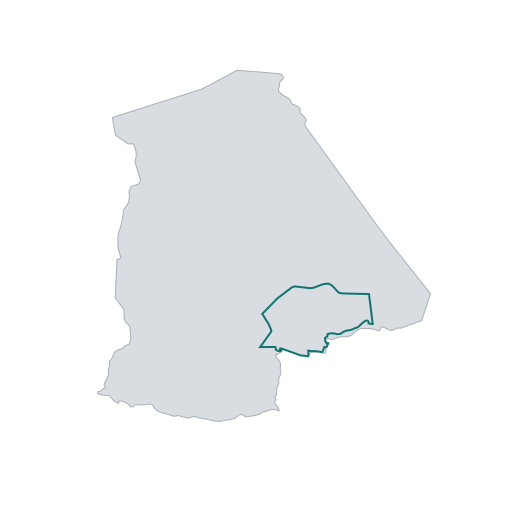 Béchar on a map of Algeria (Robinson projection), rotated 197°
{"feature_id": "DZA-2148", "entity_name": "Béchar", "entity_type": "Province", "adm_level": 1, "iso_a3": "DZA", "parent_name": "Algeria", "parent_adm1": "", "projection": "robinson", "projection_center": [-2.712, 30.267], "detail": "fine", "context": "in_parent", "style": "outline", "palette": "teal", "viewbox_px": 512, "rotation_deg": 197, "n_neighbors": 0, "source": "natural_earth", "source_scale": "10m", "svg_char_len": 5334}
<svg xmlns="http://www.w3.org/2000/svg" viewBox="0 0 512 512"><g transform="rotate(197 256 256)"><path d="M367.0,77.9L367.4,78.9L367.5,79.9L366.0,80.9L365.0,81.4L363.8,84.0L361.6,85.7L361.2,86.2L361.3,86.7L362.9,87.5L363.4,88.2L363.7,89.2L363.2,92.8L362.4,99.2L362.5,100.5L363.1,102.2L363.8,103.5L364.0,104.9L364.0,108.5L364.8,110.6L365.4,112.5L364.2,114.9L363.7,117.0L363.4,120.0L363.3,121.9L362.5,123.6L361.4,125.3L360.1,126.3L358.5,127.2L356.7,128.4L355.3,131.5L352.1,134.1L351.5,135.0L351.3,137.0L351.4,139.9L352.1,142.2L353.7,145.6L355.2,149.3L355.6,151.2L356.2,151.9L358.2,153.1L361.5,154.8L362.2,155.5L363.9,158.1L365.6,162.7L366.2,165.7L372.3,170.4L378.1,174.5L378.5,175.2L382.1,189.2L383.3,194.1L387.9,212.1L386.3,213.1L384.5,214.4L385.9,216.8L388.7,220.8L390.4,224.0L391.0,225.3L392.3,229.3L393.4,233.2L393.7,234.4L394.2,237.4L394.0,245.5L395.0,255.9L396.1,261.0L394.7,265.7L393.5,270.1L393.7,272.4L394.5,275.9L395.3,278.4L396.3,279.8L396.2,284.1L395.9,285.7L392.9,288.0L389.7,290.1L388.8,291.9L388.6,293.8L389.1,295.4L399.0,310.2L399.4,311.6L399.6,315.8L401.3,321.0L403.1,323.3L403.8,325.0L405.0,326.2L406.2,327.1L407.0,327.2L411.2,325.8L418.5,328.1L425.5,330.5L426.0,331.0L430.1,339.0L433.8,346.5L357.2,399.4L348.8,407.5L329.0,427.4L327.5,428.3L301.1,434.1L287.4,437.0L286.8,437.2L286.0,437.2L285.4,437.2L284.2,436.7L282.8,435.5L281.9,434.9L281.6,434.0L282.2,432.7L282.8,431.6L283.1,430.7L283.6,430.0L284.2,429.5L284.2,428.7L283.7,427.5L283.2,425.7L283.2,422.6L283.2,421.1L281.9,419.9L279.5,418.6L277.3,417.8L276.3,417.5L273.9,417.1L270.5,416.2L269.3,415.7L267.1,412.7L266.0,412.0L261.0,411.5L259.3,411.0L257.9,410.3L256.7,409.4L256.1,407.7L255.9,406.4L255.4,405.8L249.8,402.6L248.4,401.6L247.7,400.6L247.6,399.1L247.8,397.3L247.5,395.7L247.3,394.9L149.3,320.7L144.1,316.9L132.2,308.3L78.2,271.0L78.6,244.3L78.7,242.9L79.0,242.3L80.8,241.3L83.5,239.1L84.5,238.1L85.8,237.1L90.4,234.0L91.3,233.2L95.8,229.7L96.8,229.2L99.2,228.8L100.2,228.2L101.5,226.8L103.5,225.2L104.8,224.4L105.1,224.3L105.9,224.2L109.9,224.6L111.6,225.0L113.7,225.3L114.3,225.1L114.9,224.6L115.6,223.5L115.8,222.2L115.9,221.0L116.0,220.5L116.4,220.3L117.3,220.4L118.4,220.5L120.9,220.5L121.7,220.3L124.4,220.1L128.3,219.3L133.9,217.5L136.6,215.5L138.5,213.3L140.5,210.1L142.1,207.4L145.4,205.6L148.1,204.6L149.6,204.1L153.1,202.7L158.8,198.4L163.6,197.8L164.2,197.4L164.9,196.6L164.9,195.3L164.1,194.4L163.2,193.9L162.5,193.4L161.8,193.3L161.4,192.7L161.6,191.5L161.7,190.5L162.2,189.4L162.1,187.9L161.4,186.4L161.2,185.3L161.2,184.2L161.6,183.4L162.6,182.8L163.7,182.6L165.3,182.9L168.1,182.5L175.2,179.9L175.7,179.1L176.2,177.3L176.7,175.8L177.4,175.2L177.8,175.1L183.6,174.1L184.8,174.0L195.5,174.5L204.6,174.8L205.4,174.5L205.4,173.3L204.8,171.2L205.2,169.9L206.5,168.6L208.1,167.2L207.3,165.6L206.0,164.4L204.2,163.1L203.3,162.5L201.6,160.9L200.6,159.0L199.9,155.1L198.6,152.9L197.7,150.2L198.5,145.2L197.3,142.2L197.1,140.9L197.1,139.4L197.4,136.8L197.2,133.0L195.8,129.2L196.4,127.9L196.7,127.2L196.6,126.6L195.3,125.4L194.8,124.4L195.1,123.5L195.7,122.1L195.7,121.5L193.6,119.8L190.1,117.1L189.1,115.9L188.6,114.5L192.0,114.8L193.7,114.7L197.7,112.9L200.8,110.5L203.3,109.3L205.5,106.6L207.4,105.0L210.2,103.2L218.4,99.3L219.6,99.3L222.3,100.2L224.6,99.9L226.2,98.6L227.9,95.3L230.6,93.3L233.9,91.4L238.4,89.5L241.4,87.7L246.1,86.2L258.0,85.3L264.1,84.4L268.2,84.6L272.4,81.8L274.4,80.9L283.5,80.7L287.7,78.7L303.9,78.7L305.9,79.4L307.9,80.5L311.3,83.1L312.9,83.6L315.1,83.1L320.0,80.6L325.5,79.3L328.5,77.9L329.8,75.7L332.4,74.9L333.9,76.6L339.8,78.2L343.3,77.8L344.9,77.2L344.2,74.8L348.0,75.4L350.9,76.6L354.1,79.0L356.1,79.5L359.6,78.4L367.0,77.9Z" fill="#d9dde1" stroke="#a8b0b8" stroke-width="1"/><path d="M183.7,174.0L186.0,174.1L187.1,174.1L188.3,174.2L189.6,174.3L191.0,174.3L192.5,174.4L193.9,174.5L195.4,174.5L196.9,174.6L198.2,174.7L199.5,174.7L200.7,174.8L201.7,174.8L202.6,174.9L203.2,174.9L203.6,174.9L203.8,174.9L205.0,175.0L205.7,174.8L206.0,174.1L205.9,173.7L205.7,173.4L205.3,173.3L205.0,173.3L204.4,173.6L204.1,173.6L204.0,173.3L204.1,173.1L204.4,172.9L204.5,172.8L204.6,172.6L204.6,172.4L204.6,172.0L204.9,172.0L207.3,171.7L208.4,171.8L208.7,171.9L209.1,172.0L209.3,172.1L209.5,172.3L209.7,172.5L209.9,172.8L210.1,173.2L210.6,174.5L211.0,174.5L211.8,174.4L225.4,170.1L219.4,188.0L219.4,188.8L220.0,189.9L223.6,194.2L233.1,202.5L223.1,221.8L212.5,236.5L210.3,238.2L194.6,241.1L192.7,241.9L190.6,243.2L185.2,247.5L182.8,249.1L178.7,250.8L175.1,250.1L170.9,247.9L169.1,246.7L166.1,245.1L162.7,245.4L136.8,252.6L124.5,225.1L126.5,224.7L128.6,224.4L129.2,226.2L130.6,226.8L132.3,226.2L134.1,223.8L135.7,221.3L136.9,218.9L138.5,217.1L140.3,215.9L142.2,214.2L143.7,213.1L145.5,212.1L147.9,211.0L150.3,209.0L152.2,206.5L153.9,205.5L155.9,204.9L158.5,204.8L161.4,204.1L164.6,202.4L164.5,201.2L164.3,199.9L165.2,199.1L166.1,197.5L165.2,196.0L165.2,195.6L165.1,195.3L165.0,194.9L164.8,194.7L164.1,194.4L163.8,194.1L163.4,193.4L163.1,193.1L162.9,193.0L162.6,193.2L162.1,193.6L161.8,193.8L161.5,193.8L161.3,193.6L161.3,193.2L161.4,192.8L161.7,192.2L161.8,191.8L161.7,190.3L161.7,189.9L162.0,189.6L162.9,188.9L164.1,188.9L164.4,183.7L165.5,183.1L166.3,183.2L166.9,183.2L171.8,182.3L172.8,182.0L175.5,181.2L178.4,180.7L177.7,178.8L176.6,175.6L177.5,175.1L180.7,174.8L183.7,174.0Z" fill="none" stroke="#0f766e" stroke-width="2"/></g></svg>